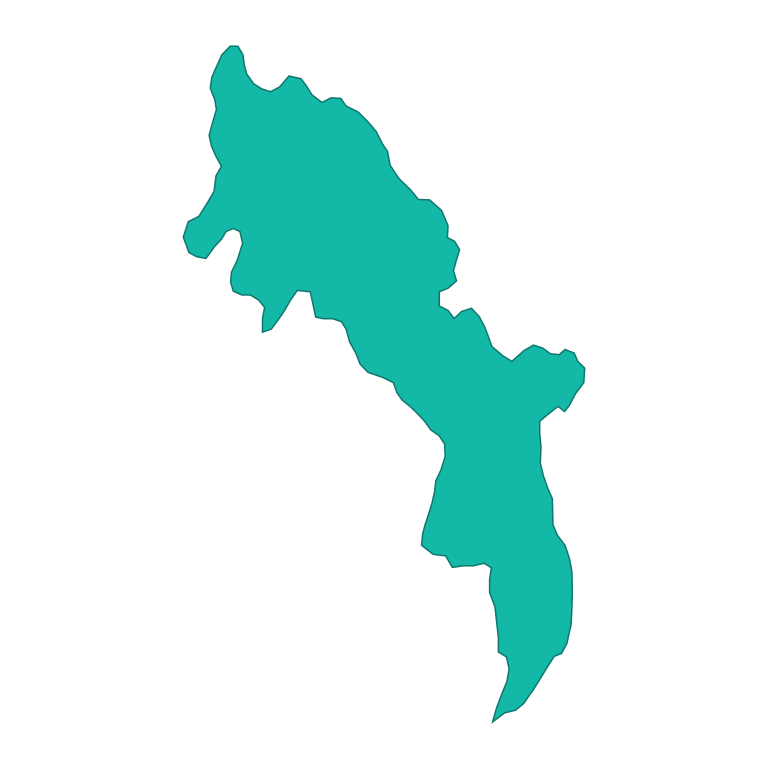 Piranguinho, Minas Gerais, Brazil (Equal Earth projection)
{"feature_id": "56859067B29360452695295", "entity_name": "Piranguinho", "entity_type": "district", "adm_level": 2, "iso_a3": "BRA", "parent_name": "Brazil", "parent_adm1": "Minas Gerais", "projection": "equal_earth", "projection_center": [-45.586, -22.378], "detail": "fine", "context": "isolated", "style": "filled", "palette": "teal", "viewbox_px": 768, "rotation_deg": 0, "n_neighbors": 0, "source": "geoboundaries", "source_scale": "gbopen_adm2", "svg_char_len": 2297}
<svg xmlns="http://www.w3.org/2000/svg" viewBox="0 0 768 768"><path d="M492.6,721.9L504.6,712.9L515.7,710.1L523.8,703.4L528.7,696.2L533.8,689.0L539.2,680.3L544.6,671.5L549.5,663.6L554.2,656.4L561.5,653.4L566.8,643.7L568.9,634.3L571.1,624.5L571.9,608.0L572.3,592.7L571.9,572.0L569.6,559.1L565.0,545.3L557.4,535.2L553.0,525.0L552.7,513.1L552.3,498.6L547.8,488.4L543.4,475.9L540.3,463.1L541.0,447.0L539.7,433.1L539.7,421.3L548.1,414.2L558.1,406.4L564.6,411.6L569.7,404.8L575.4,393.9L583.8,382.7L584.7,368.2L577.8,361.4L574.2,353.1L565.0,349.5L559.2,354.7L550.3,353.7L542.7,348.1L533.5,345.1L523.8,350.7L511.8,361.4L502.7,355.7L491.9,346.5L488.0,335.6L484.7,327.0L479.3,316.7L471.5,308.3L461.6,311.5L454.2,318.5L448.1,310.5L439.3,305.9L439.3,291.8L448.1,288.2L456.5,280.9L453.5,270.7L456.0,261.4L459.6,249.6L454.6,241.3L447.4,237.5L448.0,225.6L441.5,210.4L429.7,199.9L418.4,199.5L410.8,190.1L398.8,178.4L390.2,165.3L387.5,151.5L382.3,143.6L376.4,131.9L369.1,123.1L358.4,112.2L346.1,106.0L340.8,98.4L331.2,97.8L321.9,102.4L311.8,94.7L306.4,85.9L301.0,78.7L289.0,76.0L279.6,86.9L270.6,91.7L262.2,89.1L253.8,83.9L246.7,74.0L244.2,64.4L243.0,54.9L238.0,46.3L230.2,46.1L221.8,54.9L216.0,67.8L211.8,77.3L210.3,88.1L214.9,100.0L216.4,109.6L212.3,123.5L209.1,135.4L211.4,145.8L215.6,155.5L221.4,166.3L216.0,175.8L214.1,191.3L207.2,203.1L198.8,216.4L188.3,221.6L183.3,237.1L189.0,252.6L196.8,256.8L206.0,258.4L214.5,246.6L221.4,239.3L226.1,231.5L233.3,228.5L239.9,231.5L242.6,243.3L237.2,260.4L231.5,272.1L230.6,282.1L233.3,291.2L241.8,295.0L250.4,295.0L258.5,300.0L264.6,307.3L262.5,318.5L262.5,332.2L271.4,329.0L278.7,319.1L284.1,311.3L290.2,300.6L297.3,290.4L310.3,291.8L313.3,305.7L315.7,317.1L323.1,318.7L332.5,318.7L341.5,321.7L346.2,329.4L349.6,341.9L356.1,353.7L360.0,364.0L368.0,372.4L382.7,377.4L393.4,382.7L397.0,392.9L402.2,400.1L410.0,406.4L416.5,412.6L424.3,420.9L431.0,430.1L439.1,435.7L444.6,444.0L445.2,456.4L441.0,469.9L435.8,480.8L434.6,491.6L431.9,503.5L428.0,516.1L425.0,525.0L422.6,534.2L421.6,545.3L433.1,554.3L445.7,555.9L452.3,567.4L463.4,565.8L473.7,565.8L483.9,563.2L491.4,567.8L489.6,579.2L489.6,592.5L495.0,607.0L496.8,623.5L498.4,637.9L498.4,652.0L506.5,657.0L509.1,668.9L507.0,681.3L501.9,693.8L496.5,708.1L492.6,721.9Z" fill="#14b8a6" stroke="#0f766e" stroke-width="1.5"/></svg>